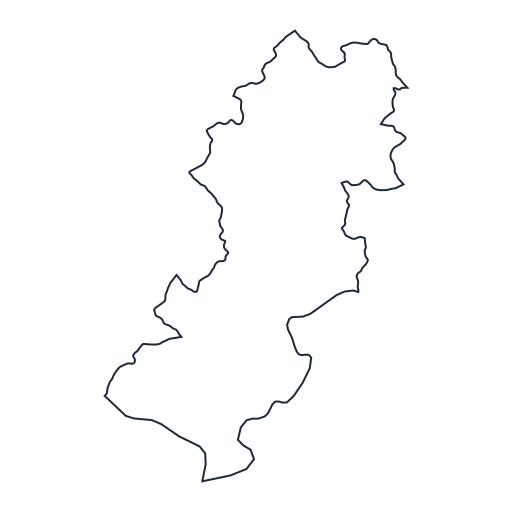 map outline of Raški (Equal Earth projection)
{"feature_id": "SRB-834", "entity_name": "Raški", "entity_type": "District", "adm_level": 1, "iso_a3": "SRB", "parent_name": "Republic of Serbia", "parent_adm1": "", "projection": "equal_earth", "projection_center": [20.586, 43.343], "detail": "fine", "context": "isolated", "style": "outline", "palette": "slate", "viewbox_px": 512, "rotation_deg": 0, "n_neighbors": 0, "source": "natural_earth", "source_scale": "10m", "svg_char_len": 6002}
<svg xmlns="http://www.w3.org/2000/svg" viewBox="0 0 512 512"><path d="M358.3,292.0L353.2,290.5L344.8,291.5L336.7,295.0L310.4,313.8L303.0,316.6L292.1,317.1L289.3,319.0L287.1,324.6L288.0,329.5L292.0,337.8L294.9,347.2L296.7,351.4L298.7,354.3L301.7,355.1L305.3,354.7L308.7,354.8L311.2,357.5L309.8,368.2L302.7,382.7L293.8,395.9L286.8,402.5L282.7,402.6L278.8,401.5L275.3,401.5L272.3,404.5L269.1,411.2L267.3,414.1L264.6,416.5L258.1,418.7L252.2,418.7L246.5,420.3L240.8,427.5L237.9,439.8L243.2,445.3L250.6,449.8L254.0,459.2L246.4,469.0L230.2,475.5L202.3,481.3L205.7,464.3L205.2,453.4L199.6,446.4L179.0,436.3L161.4,424.2L151.8,420.1L133.7,418.4L125.7,415.8L104.7,395.9L106.1,394.4L106.7,393.4L107.0,392.3L107.7,387.6L109.7,382.4L110.4,381.1L112.2,378.8L113.4,375.7L114.7,373.5L116.9,370.3L118.7,368.1L120.3,366.7L125.9,364.1L127.0,363.7L128.5,363.4L132.4,363.8L134.2,362.9L134.8,361.8L134.9,360.0L134.7,359.0L133.2,356.1L133.2,355.3L133.6,354.5L134.8,353.0L137.4,351.0L139.0,348.7L142.2,344.7L142.9,344.1L144.1,343.9L147.9,344.3L152.0,344.5L156.0,344.5L158.6,344.2L160.1,343.6L162.6,342.0L165.9,340.6L169.3,338.9L181.3,336.9L179.3,334.4L177.1,330.6L176.3,329.8L172.6,328.1L170.1,326.0L169.4,325.6L165.1,324.1L164.3,323.5L163.6,322.7L162.5,320.1L161.7,319.0L160.0,317.6L156.4,316.0L155.8,315.3L155.4,314.5L154.2,310.0L154.5,308.9L155.5,307.8L163.1,302.5L164.8,300.9L165.3,299.7L165.5,295.5L165.7,294.3L167.1,290.9L167.9,288.2L169.2,285.6L170.3,283.0L176.5,275.0L180.0,279.1L181.3,281.3L182.4,283.6L183.1,284.4L185.1,285.9L187.5,288.2L188.2,288.6L190.9,289.6L193.7,291.6L195.2,291.9L196.2,291.8L196.9,291.5L198.6,285.1L199.0,282.1L199.8,280.7L204.3,277.7L207.9,275.9L209.6,274.2L210.5,273.1L212.0,270.3L213.8,267.9L215.1,264.6L215.6,263.9L216.9,262.5L218.4,261.5L219.3,261.2L222.9,261.1L223.5,261.0L224.8,260.2L225.2,259.7L225.5,258.9L225.5,257.3L225.6,256.5L226.8,254.7L228.0,253.5L228.1,252.5L227.3,251.2L225.6,249.8L224.2,247.7L223.9,246.7L224.0,245.1L224.8,242.5L225.1,240.9L221.5,239.4L220.2,237.9L219.8,236.8L219.8,235.9L220.2,235.0L222.3,232.3L222.7,231.4L222.9,230.6L222.8,229.7L222.3,228.8L220.3,226.2L219.8,223.5L219.2,221.2L219.5,219.9L220.5,218.0L220.9,216.8L221.9,211.9L222.1,209.4L222.0,208.2L221.6,207.1L220.5,205.6L218.5,204.0L217.2,202.4L216.2,199.8L215.5,198.4L211.0,193.2L207.6,190.2L205.5,186.9L204.3,185.8L201.0,184.6L196.5,180.4L193.8,178.4L191.8,175.5L189.5,173.0L189.3,172.6L189.5,171.9L190.7,170.9L195.9,168.3L202.2,164.8L203.9,163.5L205.7,161.3L206.8,158.6L210.1,153.0L210.2,151.1L209.9,148.6L209.9,146.0L210.8,142.2L211.2,142.0L211.8,141.3L212.1,140.6L212.2,139.8L212.0,139.1L210.4,137.4L208.9,135.2L206.9,131.5L206.8,130.6L207.2,129.8L207.9,129.1L209.9,128.0L213.4,126.2L217.1,123.3L217.7,123.0L219.4,122.7L220.4,122.9L223.2,123.9L224.4,124.0L225.6,123.9L227.9,122.9L229.9,120.6L230.6,120.1L231.2,120.0L232.6,120.4L235.5,123.2L237.2,124.0L238.4,124.2L239.6,124.1L240.5,123.6L241.2,123.1L241.7,122.4L242.9,119.3L243.2,115.8L243.1,114.9L241.5,110.6L241.0,108.8L241.0,105.2L241.4,101.8L241.2,100.9L240.1,99.4L239.3,98.8L233.4,95.9L234.0,94.6L235.6,90.2L237.1,88.4L238.5,87.6L240.8,86.7L245.8,85.7L249.0,83.7L250.3,83.1L251.9,82.9L255.4,83.7L256.4,83.8L259.3,82.8L260.7,82.1L263.2,80.3L264.3,78.9L264.7,78.1L264.7,77.3L264.0,75.2L262.4,71.9L262.1,70.5L262.3,69.5L263.9,67.4L264.6,65.2L265.6,63.9L266.7,63.2L270.0,61.8L275.0,57.3L275.9,56.1L276.1,54.6L275.9,53.7L273.9,50.2L273.7,49.4L273.9,48.6L274.3,47.9L277.6,45.4L279.8,42.7L283.1,40.0L285.9,36.8L294.9,30.7L300.1,36.9L301.9,38.4L306.2,41.0L307.8,42.4L308.5,43.5L308.7,44.4L308.6,46.5L308.8,48.0L309.2,48.6L312.0,51.8L313.4,54.3L318.1,61.5L319.5,62.6L321.9,63.8L325.7,66.4L328.5,67.2L332.4,67.2L334.9,66.8L341.5,63.0L343.8,61.9L344.8,61.1L345.0,60.0L344.5,57.0L344.8,53.9L344.1,52.5L341.6,50.3L341.1,49.5L341.0,48.6L341.1,47.8L341.6,47.0L342.4,46.4L346.8,45.0L351.1,43.0L353.2,42.6L357.1,42.7L360.9,43.5L367.1,44.1L368.3,43.4L370.2,41.0L371.4,39.9L373.3,39.0L374.3,39.0L375.7,39.3L376.6,39.9L378.5,42.6L379.4,43.3L381.1,43.9L386.2,44.9L386.4,45.7L387.1,46.4L387.5,47.1L387.7,47.9L387.8,49.1L388.1,49.9L389.7,51.2L391.0,53.2L391.3,57.8L392.8,63.2L393.4,64.6L394.7,66.3L395.3,67.7L395.7,70.0L395.8,73.5L396.0,74.6L396.5,75.9L397.6,77.2L400.1,79.1L402.5,82.5L407.3,87.7L401.7,87.9L399.7,89.5L397.0,89.2L395.7,88.2L393.7,88.2L393.6,88.9L393.7,89.7L395.0,91.7L395.3,92.6L395.4,93.7L395.2,94.7L394.7,95.7L393.0,98.5L392.7,99.6L392.5,101.9L392.6,104.3L392.8,106.5L394.1,109.9L394.0,110.7L393.2,111.8L390.2,113.7L384.8,118.2L383.8,119.5L380.9,124.1L388.1,125.7L391.6,125.8L392.9,126.2L393.7,126.8L394.2,127.6L395.0,130.2L396.0,131.5L397.3,132.2L400.7,133.1L404.4,136.3L405.1,137.0L405.5,137.8L405.5,138.6L405.2,139.4L400.6,143.7L399.7,144.4L395.7,146.6L393.4,148.5L392.1,150.5L391.1,152.6L390.6,154.3L390.5,155.5L390.7,157.9L391.0,159.0L392.8,161.7L393.7,163.5L394.6,167.6L394.8,169.5L394.7,171.6L395.1,172.9L396.7,175.2L397.8,177.7L398.4,178.7L403.5,184.4L395.7,188.2L394.6,188.5L392.0,188.7L387.1,190.0L380.9,190.2L377.3,189.8L375.0,188.9L373.2,187.9L371.9,186.7L370.5,184.6L369.7,183.9L367.0,181.3L366.2,180.6L365.2,180.2L363.9,180.3L363.1,180.7L360.2,183.6L359.4,184.2L356.9,184.9L353.1,185.2L351.8,185.1L350.5,184.3L347.9,181.8L346.5,181.5L344.3,181.9L341.6,183.1L343.5,186.4L345.2,190.6L348.0,194.3L348.5,195.3L348.6,197.1L348.1,198.4L347.1,200.0L346.8,201.2L347.1,202.0L348.9,204.7L349.0,205.5L348.9,206.3L347.5,209.1L347.1,210.2L346.4,214.1L344.9,220.1L344.9,221.0L345.3,222.9L345.2,223.8L344.7,225.0L342.1,227.7L341.9,228.5L342.1,228.9L344.0,231.6L345.0,234.1L346.0,235.6L352.0,238.5L352.9,238.8L354.3,238.9L355.4,238.6L358.2,237.4L359.9,237.0L361.0,237.0L364.7,238.1L365.2,243.2L365.9,247.1L365.6,248.3L364.8,249.9L364.7,251.3L365.3,255.5L365.7,256.7L367.5,259.2L367.7,259.7L367.8,260.4L367.2,262.1L366.1,264.0L365.4,264.8L363.0,267.1L362.2,268.3L361.1,270.7L360.6,271.3L357.9,273.3L356.7,275.5L356.7,277.3L358.0,280.7L358.1,281.6L358.2,282.5L357.7,286.7L358.3,289.9L358.3,292.0Z" fill="none" stroke="#1e293b" stroke-width="2"/></svg>